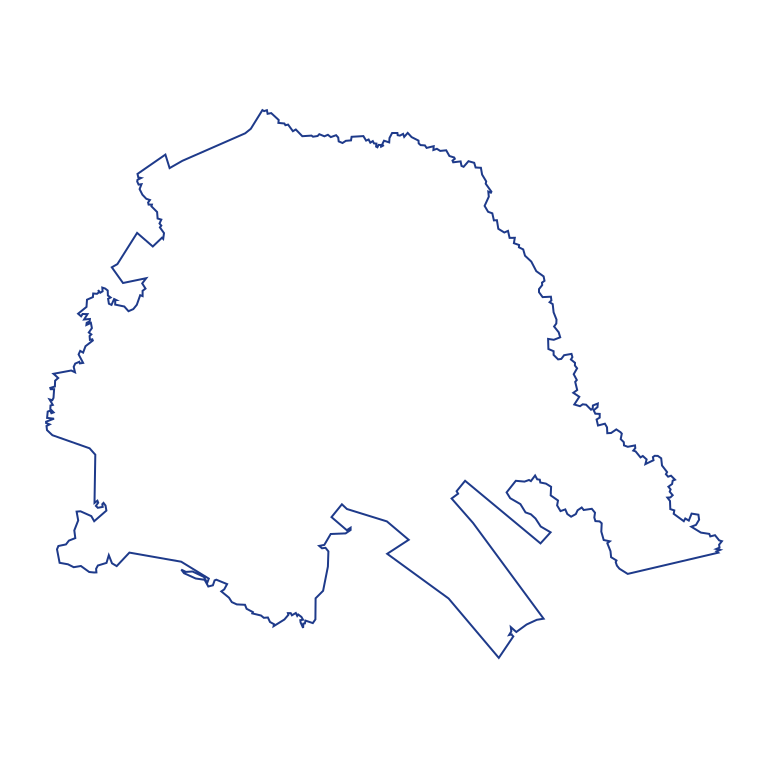 Acatlán de Pérez Figueroa, Oaxaca, Mexico (Albers equal-area conic projection)
{"feature_id": "50627088B62934424626213", "entity_name": "Acatlán de Pérez Figueroa", "entity_type": "district", "adm_level": 2, "iso_a3": "MEX", "parent_name": "Mexico", "parent_adm1": "Oaxaca", "projection": "albers", "projection_center": [-96.481, 18.451], "detail": "fine", "context": "isolated", "style": "outline", "palette": "blue", "viewbox_px": 768, "rotation_deg": 0, "n_neighbors": 0, "source": "geoboundaries", "source_scale": "gbopen_adm2", "svg_char_len": 6028}
<svg xmlns="http://www.w3.org/2000/svg" viewBox="0 0 768 768"><path d="M718.2,552.7L716.5,551.4L720.1,549.9L716.3,549.0L719.5,547.6L719.1,544.7L721.9,541.2L719.2,540.4L715.0,535.2L710.3,536.4L709.3,533.9L700.9,532.6L691.3,526.7L696.0,524.9L699.1,519.7L698.4,514.7L691.6,513.6L688.8,520.6L685.3,518.5L683.8,521.2L673.7,513.8L674.3,510.4L670.3,509.1L670.0,501.0L667.4,497.6L670.4,497.4L672.7,495.2L669.7,491.7L670.6,489.4L668.4,486.7L672.1,484.0L672.7,480.6L675.0,479.7L671.0,475.7L668.1,476.7L665.9,474.2L667.1,472.1L662.0,465.5L661.2,458.3L657.8,455.9L654.7,455.8L652.9,457.1L653.5,460.2L645.4,464.1L646.6,459.4L642.8,456.0L640.5,457.4L635.6,451.4L633.3,450.6L635.3,448.1L635.0,445.4L627.8,446.8L624.0,445.4L623.8,442.2L620.7,439.1L621.8,433.6L620.5,432.2L616.3,429.4L611.1,433.0L607.3,433.2L607.0,427.3L604.9,423.7L598.0,425.5L596.6,419.5L599.7,417.6L599.7,413.9L595.3,413.7L593.7,410.3L597.5,407.1L597.8,403.5L592.9,405.5L592.7,408.5L591.0,409.7L586.1,404.7L582.7,404.3L580.0,406.2L574.3,404.5L579.3,396.8L573.3,392.8L577.2,390.0L575.2,381.9L576.8,380.0L573.7,374.2L577.1,368.3L574.9,365.5L575.0,362.8L570.9,359.5L572.4,357.1L571.5,353.9L564.1,355.2L561.3,358.9L558.1,359.4L553.6,354.9L553.6,351.2L548.4,349.0L548.1,338.9L553.8,339.8L560.2,337.3L558.7,332.3L554.1,326.5L556.3,323.5L556.5,319.6L553.6,312.3L552.7,304.1L549.6,302.2L551.4,300.4L550.9,296.7L542.6,297.1L539.0,292.2L539.0,289.1L542.2,285.1L542.0,282.6L544.5,280.8L543.6,276.4L536.3,271.2L531.3,261.6L525.0,255.7L523.2,249.4L518.9,247.3L519.1,245.0L513.9,243.2L514.8,237.8L509.6,237.9L508.0,230.9L504.3,232.5L498.3,228.8L496.9,220.2L493.9,220.4L492.3,213.3L488.1,211.8L484.6,205.9L488.8,196.7L488.3,191.6L490.9,192.7L491.4,191.7L485.7,183.7L486.2,181.4L482.1,174.6L480.9,167.8L475.6,167.5L474.2,162.8L468.5,161.2L463.6,166.8L461.5,165.9L460.6,161.4L453.2,162.3L452.5,160.6L454.8,158.8L454.2,157.5L449.4,156.0L446.2,150.3L440.2,150.9L436.9,148.8L433.4,150.0L433.7,146.2L426.6,147.9L424.9,145.4L420.6,145.1L418.7,143.4L418.5,140.6L411.6,137.1L407.7,132.9L404.2,136.9L403.1,133.9L399.9,135.6L397.7,135.2L397.4,133.0L392.1,133.0L389.5,138.0L389.2,142.4L384.0,140.7L382.3,144.2L383.1,145.6L381.1,146.7L380.8,145.0L378.6,144.9L377.4,147.3L376.1,146.6L376.4,143.6L374.0,143.4L372.8,141.1L370.3,142.7L368.6,139.5L366.1,140.6L363.4,136.1L351.6,136.8L351.0,140.4L345.9,140.8L342.5,143.0L338.7,141.4L338.2,137.5L336.1,135.2L330.8,137.1L327.9,134.8L324.4,136.3L319.3,134.2L317.6,136.0L313.0,136.7L311.5,135.6L302.3,136.2L295.8,129.5L292.9,131.2L288.1,124.6L285.4,125.2L284.4,123.5L278.4,122.9L278.7,120.0L271.2,113.1L267.6,113.8L266.9,110.2L264.1,111.1L262.4,110.1L250.8,128.8L245.2,133.3L182.4,160.8L169.6,168.1L165.4,154.6L137.5,173.9L138.3,177.4L141.1,178.0L137.5,179.8L137.2,181.5L138.6,184.6L141.5,184.2L139.6,189.1L142.4,194.7L146.3,198.8L149.9,200.0L148.1,202.5L148.6,204.6L151.9,204.6L151.4,206.3L157.1,212.0L157.6,218.5L161.3,219.6L159.5,223.5L161.3,225.6L159.9,227.4L164.0,233.1L163.2,238.9L162.0,237.7L152.8,246.5L137.1,232.9L117.4,264.1L111.8,267.3L123.0,283.0L146.2,278.2L142.2,283.4L145.5,288.6L142.6,290.8L142.6,296.1L140.2,295.2L136.8,304.8L133.3,309.1L128.5,311.2L124.3,306.5L115.2,304.6L115.2,300.2L116.3,300.1L114.1,299.0L111.5,304.9L108.9,303.7L108.1,298.8L110.6,297.5L107.9,295.5L107.7,290.5L105.1,288.5L102.3,287.6L102.6,291.3L100.3,292.7L98.1,290.1L99.2,292.1L97.0,293.8L93.2,293.5L92.9,297.1L87.0,299.7L86.5,306.9L78.1,313.7L81.1,316.3L82.6,314.0L87.5,314.1L84.1,319.5L89.9,319.0L89.7,321.3L86.7,322.8L86.4,325.0L90.9,322.9L91.9,328.1L88.8,332.5L91.3,334.4L89.6,336.0L89.9,339.8L92.3,339.3L92.8,340.5L85.5,346.2L83.1,352.6L80.2,350.9L78.6,354.4L83.1,362.9L79.9,363.4L79.3,361.8L75.2,363.6L73.7,366.8L75.0,372.3L71.2,370.5L53.5,373.8L58.2,378.0L55.1,380.7L54.9,386.5L50.3,387.9L50.7,389.2L54.1,389.2L53.5,397.9L52.3,400.2L49.5,399.4L52.8,404.9L50.5,405.5L50.3,409.0L53.6,412.4L51.4,413.2L50.2,410.6L47.7,411.6L47.1,417.9L54.0,418.7L46.1,421.7L46.1,423.0L49.6,424.4L46.5,426.0L47.0,430.1L52.4,435.2L89.6,448.3L95.3,454.7L94.5,502.9L97.4,500.7L98.2,502.7L95.9,505.9L97.8,507.8L102.7,506.9L102.3,504.2L103.5,502.9L105.5,505.5L106.4,510.6L94.2,521.2L91.3,516.1L80.5,511.3L76.6,511.6L78.2,520.4L74.3,530.4L75.3,538.1L68.9,540.6L66.0,544.4L58.4,546.0L57.0,549.3L59.6,562.8L68.0,564.3L73.7,567.2L80.9,566.0L89.2,572.0L94.1,572.5L96.4,572.4L96.1,568.8L97.9,565.5L106.5,562.9L108.8,555.2L112.0,563.3L116.7,566.1L129.4,552.6L181.2,561.7L208.8,578.6L207.2,582.9L203.9,576.9L192.5,571.5L185.9,571.9L181.3,569.6L184.0,573.2L195.7,578.5L204.6,579.8L208.3,586.5L212.9,585.3L214.6,580.4L216.3,579.7L227.1,584.1L224.2,589.4L221.3,591.4L229.0,597.7L231.8,602.1L236.8,604.4L245.0,604.8L246.6,608.8L252.9,612.1L252.3,613.4L261.0,615.5L263.8,617.8L267.9,617.5L270.0,622.0L274.0,624.2L273.6,626.2L284.4,619.5L288.4,614.8L287.9,613.1L290.7,613.1L291.9,615.3L295.8,613.0L297.2,615.9L298.2,614.5L301.4,616.9L303.0,619.7L300.3,620.2L300.6,622.4L303.1,627.9L303.4,623.6L304.9,623.4L305.5,620.6L312.8,623.1L315.4,619.4L315.6,598.3L323.1,590.8L327.9,566.6L328.4,551.4L325.5,547.8L322.0,548.3L319.2,545.9L324.3,544.9L330.7,534.0L345.6,533.4L350.6,530.0L350.6,527.7L346.8,530.2L331.5,517.1L341.9,504.3L346.9,509.0L386.9,521.4L408.7,539.8L387.2,553.8L448.6,598.5L498.8,657.9L513.3,636.4L511.6,634.7L512.5,634.2L509.1,635.0L511.3,631.4L510.8,627.1L516.3,632.0L526.6,624.5L536.8,619.8L543.6,618.7L473.0,522.9L451.6,498.5L458.1,493.7L456.6,491.2L465.1,480.8L540.5,543.4L550.6,532.3L540.7,526.5L535.5,518.5L530.9,514.3L525.5,512.4L520.4,504.1L510.2,498.2L506.6,492.4L515.8,480.8L524.5,481.6L529.0,480.0L530.9,481.1L535.1,475.5L537.2,479.3L539.8,479.7L540.3,482.5L545.9,483.6L551.1,486.8L550.7,495.4L558.0,500.5L557.1,505.4L560.5,511.1L565.3,509.4L567.3,514.0L571.1,516.7L575.8,514.1L577.6,510.3L581.7,507.5L583.7,510.0L591.8,508.8L595.0,512.7L594.3,517.5L595.4,521.1L599.6,521.4L601.7,523.3L601.3,531.6L603.7,540.0L609.8,541.3L607.3,543.2L610.5,551.2L611.1,557.2L616.5,560.5L615.7,562.1L616.9,565.6L619.4,568.7L627.7,573.9L718.2,552.7Z" fill="none" stroke="#1e3a8a" stroke-width="2"/></svg>